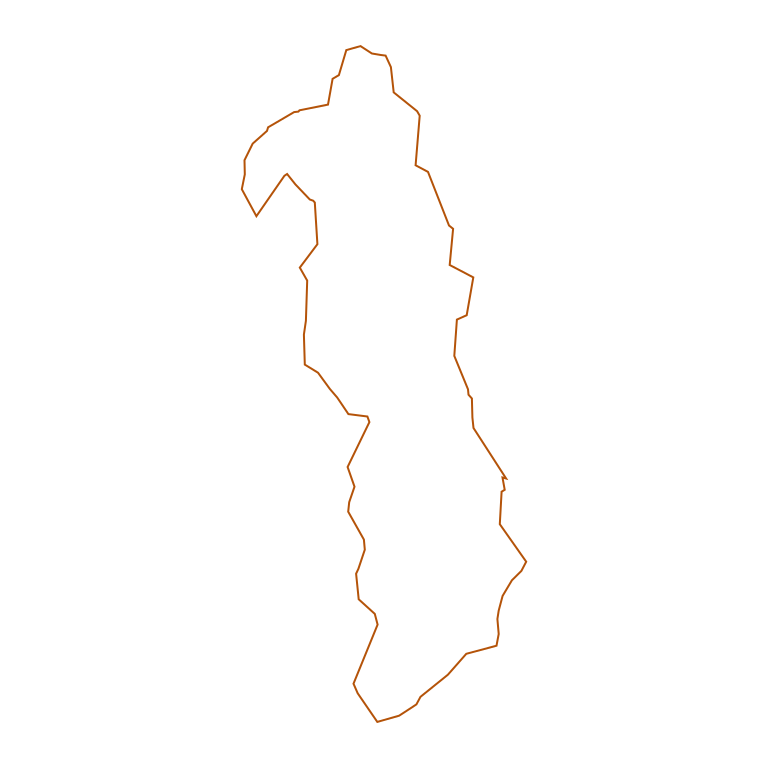 the district of Nsit Ibom, Akwa Ibom, Nigeria
{"feature_id": "59680162B17891920174093", "entity_name": "Nsit Ibom", "entity_type": "district", "adm_level": 2, "iso_a3": "NGA", "parent_name": "Nigeria", "parent_adm1": "Akwa Ibom", "projection": "equal_earth", "projection_center": [7.878, 4.905], "detail": "fine", "context": "isolated", "style": "outline", "palette": "amber", "viewbox_px": 768, "rotation_deg": 0, "n_neighbors": 0, "source": "geoboundaries", "source_scale": "gbopen_adm2", "svg_char_len": 1198}
<svg xmlns="http://www.w3.org/2000/svg" viewBox="0 0 768 768"><path d="M496.5,645.7L498.7,634.0L497.4,619.0L498.7,610.6L502.6,595.9L511.9,580.3L521.4,570.9L526.2,561.7L499.8,524.2L501.6,491.7L504.7,489.8L502.5,477.5L506.1,478.5L473.5,428.0L472.4,417.5L471.9,398.5L468.5,394.7L468.0,389.3L454.3,355.9L456.9,319.6L466.7,315.2L473.3,277.4L449.7,265.0L453.1,228.8L449.0,225.5L428.0,171.9L415.6,165.3L419.7,115.7L417.1,111.2L393.7,92.4L390.9,67.1L385.6,55.6L380.9,55.0L371.9,53.5L360.5,46.1L346.3,50.1L338.9,75.1L332.6,78.8L328.0,104.6L299.5,110.3L299.0,110.9L298.4,111.6L295.8,111.9L294.1,112.1L268.1,127.3L267.0,130.9L252.7,143.6L244.5,160.2L244.8,174.4L241.8,189.2L256.4,216.2L284.4,175.8L287.1,174.0L295.4,184.4L309.8,199.5L313.2,200.7L314.8,202.5L317.4,244.2L299.8,267.6L307.2,280.6L305.9,320.8L303.9,334.6L304.8,364.6L318.0,372.7L329.9,389.0L337.2,397.5L348.4,414.1L367.4,416.5L369.4,422.1L347.6,467.0L354.5,486.7L349.2,502.2L348.2,511.7L363.9,539.6L364.8,549.7L358.4,568.8L356.1,573.7L358.7,599.3L374.8,613.9L377.6,624.6L353.5,683.7L357.7,693.3L377.3,721.9L399.1,715.7L403.9,712.6L416.4,704.4L420.5,696.8L447.9,674.7L466.3,653.8L496.5,645.7Z" fill="none" stroke="#b45309" stroke-width="2"/></svg>